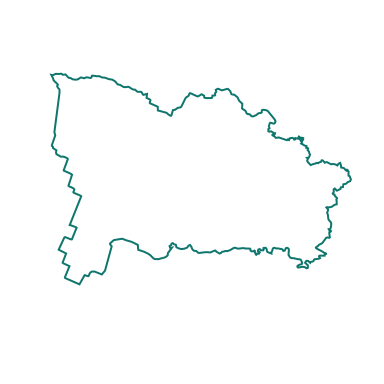 Perm', orthographic projection, rotated 278°
{"feature_id": "RUS-3200", "entity_name": "Perm'", "entity_type": "Territory", "adm_level": 1, "iso_a3": "RUS", "parent_name": "Russia", "parent_adm1": "", "projection": "orthographic", "projection_center": [56.51, 58.891], "detail": "fine", "context": "isolated", "style": "outline", "palette": "teal", "viewbox_px": 384, "rotation_deg": 278, "n_neighbors": 0, "source": "natural_earth", "source_scale": "10m", "svg_char_len": 6065}
<svg xmlns="http://www.w3.org/2000/svg" viewBox="0 0 384 384"><g transform="rotate(278 192 192)"><path d="M166.3,334.8L165.8,334.5L165.8,332.2L165.2,331.2L159.5,328.1L157.3,325.0L155.7,324.0L155.0,322.9L154.1,322.4L153.6,322.8L153.2,323.7L151.3,329.1L150.3,331.1L149.8,333.2L149.4,333.4L148.6,332.1L147.4,332.2L146.8,327.5L146.5,327.0L146.1,326.7L144.3,328.0L143.5,326.6L142.4,322.7L142.1,322.3L140.7,322.0L139.8,321.0L139.3,319.3L138.3,318.9L139.9,316.6L139.8,315.0L139.5,314.7L137.7,313.8L135.5,317.0L132.9,317.2L132.4,316.2L133.2,314.3L133.4,312.9L133.1,311.0L132.0,308.1L132.1,307.2L132.9,306.7L133.6,306.8L134.9,308.5L135.8,310.7L137.2,310.9L138.8,310.0L140.1,309.1L140.4,307.6L140.2,306.1L140.6,302.1L140.4,299.9L140.8,298.3L143.2,296.3L148.2,296.0L149.2,295.6L150.0,294.3L149.5,292.8L146.9,292.0L146.4,290.8L146.6,290.2L147.6,289.8L147.9,289.0L148.1,285.0L147.8,283.1L148.2,281.7L148.0,280.8L147.5,280.1L146.3,279.7L145.0,279.7L143.6,279.1L142.1,279.3L142.9,275.7L143.4,274.7L146.0,273.7L146.9,272.9L146.7,270.9L146.3,270.5L145.1,271.0L144.2,270.7L144.0,269.9L144.0,268.3L144.9,267.1L144.3,265.7L142.6,265.5L142.0,267.3L141.7,267.5L140.2,266.9L140.3,265.4L138.8,264.5L139.0,263.8L140.0,263.6L140.5,263.0L142.6,262.3L142.7,261.9L141.7,260.9L141.6,259.0L142.1,258.1L143.6,257.8L144.0,257.3L143.5,252.6L143.6,250.5L142.4,246.0L142.3,245.1L142.8,242.5L142.5,241.3L139.8,237.9L138.4,235.3L138.2,233.1L137.5,231.9L137.0,230.2L135.6,229.0L134.9,228.0L136.0,225.1L137.3,223.0L134.6,218.3L134.6,216.2L134.3,213.8L132.6,207.5L132.7,206.5L134.1,204.6L134.1,202.3L134.8,200.9L135.8,200.0L137.7,199.0L139.3,197.4L138.5,196.2L136.1,194.7L134.7,192.1L134.0,189.2L134.4,186.3L135.2,184.2L137.5,183.4L137.7,181.5L138.7,180.1L138.0,178.9L136.6,178.8L135.3,177.3L133.5,178.3L134.1,179.9L128.1,176.6L126.2,176.8L125.4,176.4L123.5,174.4L120.8,168.0L120.4,164.3L121.2,162.6L123.6,159.6L124.9,156.9L126.2,152.7L127.3,146.8L132.1,145.7L134.2,139.3L135.1,133.2L136.0,129.6L135.9,129.0L133.6,121.6L133.2,121.0L129.6,118.0L128.5,118.4L127.4,119.8L126.8,120.0L102.0,116.8L97.8,114.2L99.7,106.4L99.2,103.7L97.6,102.2L94.3,101.2L94.2,100.1L94.8,97.4L94.4,97.1L84.9,93.4L89.1,78.4L89.8,78.0L101.5,81.0L103.4,74.7L104.0,73.7L113.6,75.9L116.3,68.0L128.8,71.8L129.4,72.2L129.7,72.7L129.6,73.0L128.2,78.8L128.3,79.5L128.6,79.7L140.6,82.7L140.9,82.1L142.1,77.1L142.2,75.5L172.4,82.9L172.9,81.9L174.8,74.9L175.4,74.5L177.4,75.1L178.5,75.0L178.9,74.4L179.9,71.9L180.3,69.9L181.0,68.8L192.4,70.8L193.2,69.4L195.3,62.1L195.6,61.9L207.0,64.4L207.8,64.2L208.4,62.8L209.1,60.1L209.1,59.2L208.7,57.3L210.6,52.5L212.4,51.8L214.5,51.9L216.1,48.3L217.4,48.0L218.1,46.9L218.8,46.7L229.0,48.7L232.1,47.4L271.5,47.0L274.6,46.6L275.5,46.2L276.3,45.0L277.7,43.9L278.4,43.7L279.2,44.2L279.9,44.1L283.2,39.5L285.2,38.6L288.4,36.4L288.3,37.4L288.5,38.2L290.0,40.6L290.5,44.6L290.9,45.7L290.9,46.4L290.1,47.8L290.8,50.4L288.0,53.8L287.9,56.0L287.0,58.0L287.0,60.8L287.2,62.0L287.9,63.6L289.9,65.8L289.9,67.1L289.6,69.2L289.9,70.0L290.9,71.4L290.8,75.8L291.5,76.5L293.1,76.7L293.4,77.3L293.4,81.7L293.8,84.1L292.9,87.1L293.1,89.7L292.2,94.1L292.2,97.3L290.8,100.6L288.2,103.4L288.1,105.7L286.5,109.5L286.5,111.3L287.3,114.1L287.3,114.8L285.5,118.6L285.3,119.9L285.4,121.4L283.8,123.7L283.7,124.5L284.1,127.6L283.6,128.4L281.7,129.8L281.4,130.3L282.9,133.8L278.9,133.9L277.6,137.8L277.0,138.1L274.5,137.7L274.0,138.1L271.7,146.2L268.0,146.9L266.9,155.7L265.4,158.0L264.5,160.1L264.6,160.7L265.3,161.0L270.4,161.7L270.6,161.9L271.0,163.7L273.4,166.2L274.0,168.4L274.9,169.5L284.5,172.7L286.8,175.2L289.4,175.9L289.6,176.2L289.5,177.1L287.4,184.1L287.8,185.1L290.1,187.8L289.1,190.6L287.5,190.9L287.0,191.4L287.1,194.0L287.7,198.1L288.2,198.8L290.3,198.8L290.8,201.3L291.1,201.5L293.1,201.1L294.7,202.1L296.4,201.3L297.8,203.0L297.7,204.4L296.9,206.9L296.9,207.7L299.1,212.7L298.9,213.6L297.1,215.9L294.4,217.4L294.2,218.1L294.2,220.3L292.2,223.8L288.8,226.1L286.4,229.6L281.8,229.9L281.1,230.8L280.3,232.9L279.7,233.7L277.3,235.3L277.0,236.0L277.0,238.3L275.3,240.4L275.3,241.5L275.6,242.5L277.2,245.0L279.1,246.7L280.0,249.5L280.6,250.0L282.3,249.8L283.1,250.2L283.3,251.3L283.3,254.1L283.1,255.0L282.4,256.2L275.3,263.8L273.6,264.9L271.6,264.3L271.2,263.8L271.1,263.0L271.5,260.6L271.4,259.8L270.9,259.4L267.8,259.0L265.9,259.9L265.0,258.9L262.7,259.2L262.5,260.1L263.1,261.9L261.6,265.3L261.7,266.0L260.8,265.9L260.2,264.9L260.0,263.8L259.6,263.6L259.3,263.8L258.6,265.9L257.4,267.2L257.3,268.0L258.0,269.7L258.1,270.3L256.5,278.8L257.6,279.7L257.0,280.4L256.9,280.9L258.7,281.3L259.1,282.1L259.6,284.1L259.1,285.2L258.2,285.7L258.2,286.5L258.4,286.8L259.8,286.9L259.5,288.8L259.8,289.4L261.8,290.1L261.6,290.6L259.6,290.5L259.3,290.9L259.5,291.7L260.8,292.1L261.0,293.1L260.9,294.4L260.0,294.0L259.6,294.8L259.3,294.8L258.8,294.2L257.8,294.0L258.9,293.0L258.9,292.7L258.5,292.3L257.7,292.6L257.0,293.7L256.2,293.7L255.7,294.1L255.1,293.5L253.6,297.3L253.4,299.0L251.7,298.9L251.6,300.5L251.2,301.0L249.7,300.6L248.3,302.2L246.5,302.9L245.5,303.7L242.5,303.0L242.2,302.6L241.8,301.1L240.8,302.1L238.8,301.7L237.6,302.7L235.2,305.8L236.5,308.1L237.4,310.4L238.2,311.3L238.1,312.9L239.0,313.8L239.8,315.5L241.3,315.9L241.6,316.4L241.2,317.5L239.5,319.3L240.3,320.9L240.3,321.5L238.8,326.0L239.4,327.7L239.2,330.4L238.5,332.3L240.3,333.0L241.4,334.7L239.3,335.7L237.0,336.3L236.9,336.8L237.0,337.9L236.7,339.3L235.0,341.2L234.6,342.1L235.6,342.3L235.6,342.8L234.0,344.2L230.0,344.7L229.6,345.9L226.6,347.6L224.7,347.1L223.5,344.9L221.6,343.4L220.7,340.8L217.9,340.8L217.3,338.7L215.7,338.6L213.5,335.4L213.5,335.1L215.2,333.2L215.3,332.7L214.3,331.9L211.8,332.4L210.1,331.6L209.4,332.2L209.3,333.5L208.0,334.0L206.2,336.5L204.5,336.0L203.2,336.5L200.0,337.0L199.1,334.9L197.0,332.7L196.5,331.8L195.9,329.9L195.7,327.5L195.4,327.2L193.9,329.0L192.4,329.2L190.3,328.7L188.4,329.7L184.2,330.8L183.2,331.5L181.3,333.8L180.0,334.3L177.0,334.5L175.0,334.1L174.5,333.8L174.2,332.6L173.2,333.3L173.0,334.8L172.6,335.1L171.8,334.7L171.4,333.7L170.5,333.6L166.3,334.8Z" fill="none" stroke="#0f766e" stroke-width="2"/></g></svg>